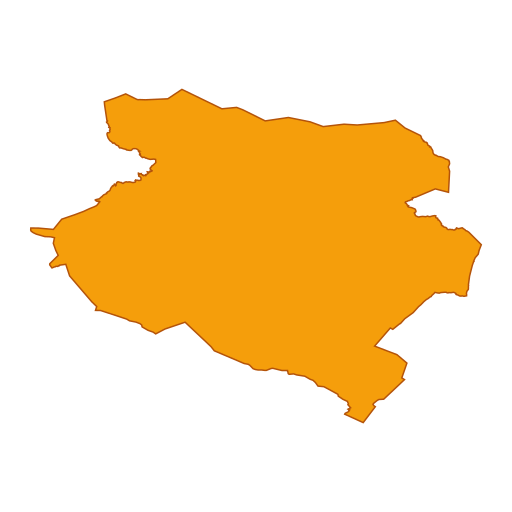 outline of Vang nor, Oppland, Norway
{"feature_id": "86288312B14831556842488", "entity_name": "Vang nor", "entity_type": "district", "adm_level": 2, "iso_a3": "NOR", "parent_name": "Norway", "parent_adm1": "Oppland", "projection": "robinson", "projection_center": [8.416, 61.192], "detail": "fine", "context": "isolated", "style": "filled", "palette": "amber", "viewbox_px": 512, "rotation_deg": 0, "n_neighbors": 0, "source": "geoboundaries", "source_scale": "gbopen_adm2", "svg_char_len": 6025}
<svg xmlns="http://www.w3.org/2000/svg" viewBox="0 0 512 512"><path d="M155.7,333.9L165.0,329.0L185.1,322.2L211.0,346.6L214.3,350.8L244.1,363.5L248.2,364.3L249.8,365.3L253.1,368.7L255.3,369.5L258.2,370.0L261.7,370.0L264.8,370.4L266.3,370.4L271.1,368.5L272.8,368.3L281.9,370.5L287.5,370.5L287.6,371.5L288.0,372.1L288.0,372.7L288.2,373.6L289.1,374.3L293.7,373.9L296.6,374.9L304.8,376.2L310.2,379.3L313.0,380.3L315.3,382.4L318.0,386.1L323.9,386.7L337.9,394.3L338.3,396.2L342.9,399.3L347.4,401.4L348.4,403.9L347.9,404.7L350.6,407.8L348.0,409.2L349.0,409.9L349.4,410.0L348.9,410.4L349.2,410.8L347.4,412.4L346.7,412.5L345.1,413.4L344.7,414.2L363.2,422.6L375.3,406.7L374.2,406.0L373.0,404.5L373.2,403.9L373.8,403.2L377.1,400.5L378.9,399.5L383.7,399.2L404.5,379.6L401.8,377.9L406.9,363.1L397.0,354.7L374.6,346.1L390.3,328.0L392.8,329.3L399.9,323.6L400.4,323.6L404.8,318.7L413.2,312.6L418.6,306.6L420.8,304.8L423.9,301.6L426.4,299.5L427.9,298.7L430.2,296.9L431.1,296.6L431.9,295.4L433.9,293.6L434.9,292.4L438.0,293.0L439.4,293.1L440.6,292.6L445.2,292.2L446.3,292.3L447.0,292.8L448.1,292.9L448.8,292.6L451.0,292.7L453.4,292.3L454.2,292.5L456.0,293.5L455.9,294.0L456.0,294.4L456.3,294.6L457.6,294.9L459.7,296.0L461.0,296.1L462.2,295.9L464.0,296.3L466.6,295.8L466.6,294.1L466.4,293.4L466.9,291.3L468.3,289.4L468.4,288.8L468.4,286.0L468.6,285.4L468.4,284.8L469.6,276.0L472.3,265.4L473.6,261.6L473.9,261.5L473.7,261.1L475.2,257.7L478.2,254.2L479.1,250.4L481.3,244.7L468.8,232.2L467.0,231.0L465.7,230.6L464.9,229.6L463.0,228.5L462.6,227.9L461.6,227.9L458.6,228.7L456.5,227.9L456.2,228.4L456.3,228.9L455.1,229.4L454.8,230.0L453.5,230.0L452.2,229.5L451.3,229.6L449.9,229.3L448.9,229.6L447.9,229.5L446.9,228.7L446.8,228.2L445.8,227.4L444.6,227.2L443.2,226.6L443.0,226.0L441.8,225.6L441.3,224.8L441.6,224.4L441.6,224.0L440.8,222.8L440.7,222.4L439.7,221.2L439.3,220.4L438.2,220.0L438.3,219.7L437.7,219.1L437.7,218.3L437.4,218.1L436.4,218.0L435.8,217.5L435.6,217.0L435.9,215.9L435.7,215.8L434.7,215.6L432.3,216.0L429.9,216.7L428.5,216.5L427.7,216.1L425.6,216.7L422.6,216.4L420.0,216.7L419.2,217.0L418.1,216.9L416.1,216.0L415.4,215.4L415.0,214.7L415.1,214.2L414.3,213.0L414.5,212.6L415.8,211.9L416.0,211.3L415.9,210.8L415.6,210.4L415.5,209.7L415.0,209.0L411.6,207.6L408.8,207.1L407.9,206.6L408.6,205.7L407.1,205.0L407.1,204.6L406.4,203.6L405.4,203.0L405.2,202.5L405.5,201.8L406.9,201.5L408.1,200.8L409.7,200.5L410.7,199.8L412.2,199.7L412.0,198.9L412.5,198.6L412.3,198.5L412.3,198.0L412.7,197.7L415.6,197.2L435.3,188.9L448.5,192.3L449.6,171.2L448.3,166.9L449.6,163.8L449.3,161.2L448.8,160.8L448.8,160.3L446.7,159.2L445.8,159.2L445.5,158.9L443.3,157.7L440.3,156.7L438.1,156.5L437.2,156.0L436.9,155.7L435.8,155.1L435.4,155.3L433.9,154.3L433.0,152.8L432.7,150.5L430.6,147.0L430.4,147.0L430.5,146.9L429.7,146.4L429.7,146.2L429.4,146.0L428.1,145.3L427.8,145.0L427.6,144.0L427.1,143.3L427.2,143.0L426.4,142.3L425.2,142.1L423.6,141.4L423.9,140.9L422.8,140.1L422.6,139.4L421.7,138.6L421.4,138.1L421.4,137.1L420.9,136.5L420.6,135.6L405.0,128.0L395.4,120.2L384.1,122.6L357.2,125.0L344.0,124.2L323.2,126.6L310.0,121.8L288.4,117.5L265.2,120.9L242.8,109.8L236.6,107.4L221.9,108.8L181.9,89.4L167.8,98.8L145.4,99.8L139.4,99.6L138.4,99.7L137.1,99.5L125.7,93.9L114.7,98.2L104.3,101.8L104.6,105.0L106.9,120.4L107.5,120.8L107.4,121.3L106.5,122.0L106.6,122.4L108.1,123.9L108.9,125.9L109.3,126.4L109.2,126.8L108.9,127.1L108.8,127.4L110.0,127.7L109.9,128.6L110.1,129.5L109.5,130.3L109.9,131.0L109.8,131.9L109.3,132.6L107.6,132.7L107.1,133.3L107.0,134.2L107.3,135.7L108.2,138.2L109.9,140.6L111.7,141.9L112.6,143.0L113.1,143.3L113.7,142.9L114.5,143.1L115.4,144.3L116.5,145.1L118.5,145.9L118.6,146.5L119.6,147.9L121.0,147.9L123.2,148.7L126.2,149.4L126.4,149.9L129.5,150.4L131.0,150.4L131.9,149.8L132.4,149.1L133.6,148.6L136.1,148.7L137.6,149.5L138.6,150.4L138.5,150.8L139.3,151.1L138.6,151.3L139.5,152.5L139.5,152.8L139.3,152.7L140.4,154.0L140.3,154.3L139.9,154.2L139.6,154.4L139.9,154.8L139.8,155.0L140.5,155.4L140.8,156.1L141.9,157.1L142.4,157.2L142.5,157.5L144.1,157.2L145.9,158.2L146.4,158.1L147.6,158.7L150.2,159.4L153.8,159.1L155.6,159.4L155.8,162.6L153.1,165.2L152.0,165.7L151.6,166.5L151.1,166.9L151.1,167.2L150.5,167.6L150.6,167.9L150.1,168.5L150.2,169.1L151.0,170.0L152.1,170.8L151.9,171.1L151.0,171.4L149.8,171.2L149.7,171.4L150.1,171.8L149.4,172.1L147.3,171.8L147.6,172.6L148.4,173.1L147.4,174.0L145.5,174.7L145.4,175.1L145.8,175.6L145.5,175.7L144.5,175.4L144.0,175.4L143.5,175.7L143.2,175.3L142.8,175.3L142.8,174.9L141.5,174.5L141.3,173.7L139.3,173.6L138.5,173.2L138.5,173.4L139.3,173.9L138.5,174.2L138.6,174.3L139.9,174.0L138.7,175.1L138.7,176.1L140.4,177.0L140.8,177.5L141.0,178.4L140.9,180.0L140.2,180.4L138.4,180.5L137.8,180.2L136.3,180.2L135.7,179.9L135.1,180.6L135.6,181.2L135.5,181.8L135.2,182.1L133.7,182.5L132.3,182.5L130.0,181.9L128.6,181.9L128.0,182.1L126.1,181.8L124.1,182.5L123.7,183.1L123.2,183.4L122.7,183.4L121.5,182.5L120.7,182.9L120.9,182.7L120.7,182.5L118.3,181.8L117.6,181.9L117.2,182.4L116.7,182.5L116.5,183.5L116.0,184.1L116.1,185.3L115.8,185.7L115.6,185.8L115.2,184.4L114.4,184.1L114.0,185.1L113.1,185.5L113.2,185.9L112.3,186.1L112.2,186.3L111.9,186.9L111.4,187.2L110.5,188.8L110.2,190.0L109.5,190.9L107.7,191.9L106.6,192.9L106.8,193.1L106.8,193.5L103.8,194.8L102.4,196.0L102.2,196.6L101.5,196.8L99.3,198.8L95.9,199.6L95.3,200.0L95.8,200.4L96.9,200.1L96.0,200.6L96.3,201.1L97.3,201.1L97.5,201.4L98.3,201.5L98.5,201.2L99.3,201.3L99.5,201.6L99.1,201.7L99.7,201.9L96.6,205.6L93.9,206.9L89.6,208.6L83.6,211.4L74.8,214.7L61.7,219.2L53.4,229.4L38.6,228.1L30.8,228.0L30.7,230.0L31.0,230.9L31.3,231.3L33.3,232.7L36.2,234.1L44.8,236.6L50.5,236.8L54.5,237.7L53.3,243.3L55.8,250.4L58.2,255.4L49.8,263.7L49.7,264.8L51.9,267.9L52.1,267.9L54.2,267.0L55.5,266.7L55.9,266.3L57.9,266.4L58.5,265.8L59.4,265.7L59.5,265.2L65.8,264.3L69.6,275.9L91.9,301.9L96.7,306.5L95.5,310.4L100.6,310.5L126.7,319.1L129.5,320.8L136.0,322.1L140.1,323.7L141.7,325.0L142.1,326.9L148.0,330.3L153.1,332.1L155.7,333.9Z" fill="#f59e0b" stroke="#b45309" stroke-width="1.5"/></svg>